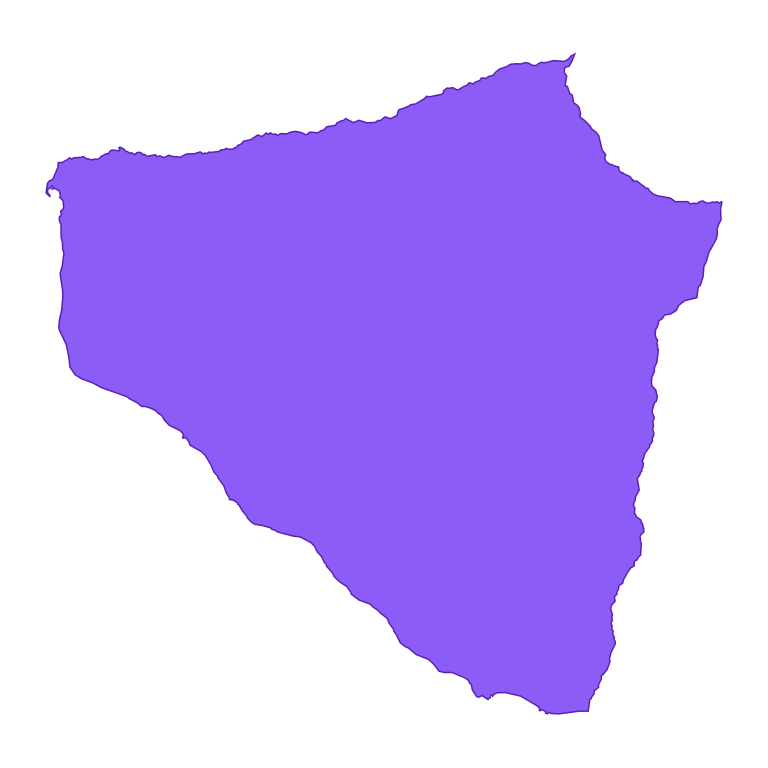 Nossa Senhora Da Conceicao, São Filipe, Cabo Verde (Albers equal-area conic projection)
{"feature_id": "66160863B39753348448887", "entity_name": "Nossa Senhora Da Conceicao", "entity_type": "district", "adm_level": 2, "iso_a3": "CPV", "parent_name": "Cabo Verde", "parent_adm1": "São Filipe", "projection": "albers", "projection_center": [-24.43, 14.881], "detail": "fine", "context": "isolated", "style": "filled", "palette": "violet", "viewbox_px": 768, "rotation_deg": 0, "n_neighbors": 0, "source": "geoboundaries", "source_scale": "gbopen_adm2", "svg_char_len": 6007}
<svg xmlns="http://www.w3.org/2000/svg" viewBox="0 0 768 768"><path d="M588.2,711.2L589.8,699.5L591.3,698.6L591.7,697.0L594.1,693.7L594.3,690.8L598.6,687.3L598.6,684.3L601.2,679.6L601.5,675.6L603.2,674.4L607.1,669.4L610.0,661.8L609.4,659.4L610.8,652.9L615.2,644.1L615.2,641.3L613.9,638.9L614.4,637.5L612.6,633.3L613.2,631.2L611.7,628.8L612.2,625.8L610.9,623.7L612.3,620.4L611.8,617.4L612.4,614.5L610.8,609.3L611.0,606.8L611.8,604.9L615.1,601.2L614.4,596.7L617.0,594.0L617.0,591.6L618.4,589.3L618.9,585.5L622.6,583.3L623.5,579.8L627.2,572.9L630.5,568.1L634.2,565.8L634.2,561.5L637.1,559.8L638.2,557.3L640.6,555.2L641.3,543.2L640.3,541.7L640.6,539.2L640.0,536.9L640.6,535.1L643.9,531.8L643.8,529.3L642.3,523.2L641.1,521.9L640.8,520.0L636.5,516.8L634.4,512.6L634.9,507.9L633.7,506.4L633.6,503.5L635.3,499.9L635.5,496.8L639.2,490.1L637.3,478.5L640.0,474.7L640.2,472.8L641.8,471.3L641.6,469.5L642.9,467.1L643.4,463.4L642.1,460.8L643.2,459.4L644.7,453.6L649.5,447.0L649.7,444.5L651.1,443.7L651.5,442.1L652.5,441.4L652.1,438.1L653.3,436.7L653.9,433.5L652.6,428.5L653.5,426.4L652.8,421.9L654.3,417.8L652.0,411.8L653.3,406.2L654.6,402.5L656.3,401.4L657.3,396.9L655.7,389.9L651.9,385.9L651.3,380.8L651.9,379.3L651.5,377.8L654.3,371.8L654.4,367.8L656.8,362.5L658.4,349.6L657.5,348.1L657.6,345.0L656.7,343.5L657.6,340.0L656.0,337.9L655.2,334.7L655.6,329.8L657.9,325.3L658.9,320.8L662.4,318.5L664.5,315.0L670.6,314.0L676.2,310.5L678.7,305.4L684.6,300.7L696.9,297.6L698.0,288.3L698.8,286.1L700.2,285.5L703.1,276.6L703.9,266.3L706.1,262.1L709.0,252.2L716.3,239.0L717.4,234.0L717.1,228.8L718.8,223.9L721.0,220.0L720.6,208.9L721.9,202.1L721.3,201.8L719.4,203.0L716.7,201.7L715.4,202.4L712.6,202.0L708.5,203.2L706.0,202.8L702.8,200.9L699.6,201.8L696.1,204.0L694.7,203.1L690.0,203.9L687.7,201.6L675.3,201.7L670.4,198.1L657.2,195.7L653.2,194.0L649.5,190.8L648.0,188.4L646.3,188.3L636.7,181.0L633.3,181.4L633.1,179.8L631.9,179.4L630.0,176.5L624.5,174.2L622.6,172.7L621.4,172.7L619.0,170.7L618.8,167.1L613.5,165.7L612.1,164.5L610.6,164.7L606.1,161.7L604.7,158.6L605.7,154.6L602.2,150.2L598.8,135.8L596.2,132.4L591.6,128.8L590.2,126.1L584.5,120.4L579.8,116.9L580.6,113.9L579.1,107.6L577.0,105.0L573.7,102.9L572.3,95.1L569.7,93.5L567.4,86.5L565.1,85.4L566.7,76.1L564.3,72.6L564.4,68.8L565.5,67.1L569.0,66.4L572.0,61.1L574.7,54.1L570.7,56.3L569.6,58.0L566.7,60.2L564.1,61.4L553.5,60.6L547.0,62.4L543.7,62.8L541.8,62.3L538.3,63.7L536.4,65.5L532.3,65.3L529.0,63.3L525.6,62.6L520.6,64.0L516.7,63.7L510.5,64.3L506.8,66.6L499.3,69.1L495.1,72.7L493.2,75.3L488.4,76.6L485.7,78.7L484.4,77.9L481.2,78.1L479.8,80.5L475.3,82.1L473.3,83.8L469.0,82.8L467.6,85.0L462.9,86.9L458.5,89.8L456.2,89.6L452.8,87.6L449.0,88.3L447.2,88.0L443.7,90.5L443.3,92.9L441.5,94.3L429.7,96.8L426.7,96.3L423.6,99.2L415.4,104.0L410.6,104.7L409.2,105.9L401.8,109.0L400.3,109.0L398.4,110.4L397.1,115.0L395.7,116.2L390.5,118.6L384.9,116.9L380.3,120.7L378.1,120.4L375.0,122.5L366.9,122.8L358.9,120.3L353.4,122.6L345.7,118.6L343.2,120.6L341.5,120.7L336.8,123.0L335.5,125.3L326.7,126.8L323.8,130.0L320.9,130.7L317.8,132.9L310.8,132.1L308.9,132.7L307.6,134.3L305.5,134.7L301.2,132.5L295.5,131.3L290.1,132.3L286.6,133.9L280.7,133.6L277.3,135.5L275.2,133.8L273.4,134.6L270.5,132.9L268.0,134.3L266.3,133.0L262.0,136.5L257.7,135.0L250.7,139.7L243.3,141.3L241.7,143.7L237.7,145.5L236.3,147.6L234.8,147.7L232.9,149.1L229.8,149.3L225.9,148.4L224.5,149.6L221.3,149.8L219.0,151.4L211.0,152.4L208.8,152.1L207.1,153.5L204.5,153.1L202.9,153.9L200.2,151.9L194.6,153.7L186.5,154.0L179.8,157.4L177.2,156.6L174.4,156.9L168.7,155.3L164.9,157.2L162.4,157.2L160.0,155.8L156.7,156.8L156.0,156.3L156.1,155.1L154.7,154.8L147.2,156.4L144.6,154.4L143.1,154.7L141.9,153.3L139.1,152.2L136.6,152.8L134.9,154.7L131.7,152.8L129.8,153.2L127.5,151.6L125.7,151.3L124.1,149.2L120.0,147.1L118.9,147.9L119.7,150.2L119.0,150.9L112.7,150.0L111.1,150.4L110.1,151.0L108.4,154.0L107.3,153.5L105.7,154.0L100.6,156.8L99.9,158.2L97.1,159.3L94.4,159.1L90.9,160.0L88.9,158.9L86.3,158.7L83.2,156.5L81.4,157.3L73.8,157.8L71.6,159.1L69.3,157.8L67.8,159.4L61.6,162.7L58.3,162.5L57.8,167.6L53.5,177.7L52.4,179.7L49.6,180.7L47.5,183.2L46.1,192.9L49.7,196.4L50.0,195.7L47.6,192.5L47.8,189.2L51.4,187.3L51.6,186.1L52.7,186.2L53.6,187.7L52.4,188.9L55.1,188.4L59.3,191.0L60.5,196.0L59.7,197.4L63.2,200.9L63.6,207.6L63.0,209.3L60.6,211.2L61.4,214.7L60.6,216.2L59.6,216.4L59.2,218.4L59.6,221.7L61.0,224.1L61.2,237.9L62.4,241.8L62.7,249.4L63.9,253.0L62.4,265.2L60.1,273.7L62.6,290.4L62.8,297.0L61.7,309.8L59.3,320.8L58.8,327.4L59.2,329.5L66.4,345.0L68.8,356.9L69.9,367.0L75.2,374.8L81.7,378.8L92.8,382.9L101.6,387.7L127.0,396.7L129.1,398.5L137.2,402.8L141.6,406.4L145.8,406.6L150.2,408.0L155.5,410.5L158.1,413.2L161.8,415.5L164.6,420.4L169.3,425.3L180.0,430.6L182.0,432.6L183.5,434.5L182.6,437.4L183.2,438.3L184.4,437.4L186.6,438.5L189.2,442.2L189.4,444.0L190.4,445.4L201.4,451.6L205.3,455.4L210.8,464.7L214.1,472.3L217.3,475.7L218.0,477.8L223.8,485.8L226.6,493.5L229.7,498.5L229.5,499.5L233.7,500.3L237.7,503.1L237.7,504.2L239.6,505.4L239.8,506.7L243.1,511.8L247.2,516.5L247.3,517.9L251.2,522.0L254.7,524.3L263.1,525.6L270.6,527.9L272.2,529.5L274.6,530.0L277.9,532.1L293.3,536.1L299.9,536.8L310.9,542.5L314.6,546.3L317.2,551.8L321.5,556.5L324.5,562.6L326.2,564.4L326.5,566.1L332.9,573.5L334.1,576.5L339.6,581.8L346.9,586.6L351.0,592.6L351.2,594.1L359.0,600.0L370.5,604.3L372.8,606.9L378.2,610.5L380.6,613.3L387.3,618.4L389.2,623.3L393.5,629.2L393.9,631.3L396.5,635.0L400.2,642.7L405.0,646.5L408.5,648.1L416.3,654.6L427.4,658.9L430.4,661.0L434.3,664.8L439.0,671.2L444.4,672.5L452.1,672.5L465.4,678.1L468.6,680.5L469.5,683.1L471.2,684.3L472.4,690.0L476.7,696.7L479.1,697.1L482.1,695.6L488.0,699.5L488.6,698.4L490.2,697.8L491.0,695.0L492.4,695.1L492.8,696.1L494.1,694.0L497.8,692.7L505.6,692.6L520.7,696.1L537.6,706.1L539.9,708.8L539.3,710.1L540.0,710.8L541.4,709.8L542.5,710.0L545.8,711.5L545.5,713.1L547.6,713.8L548.5,712.3L550.7,713.4L558.7,713.9L579.0,711.2L588.2,711.2Z" fill="#8b5cf6" stroke="#5b21b6" stroke-width="1.5"/></svg>